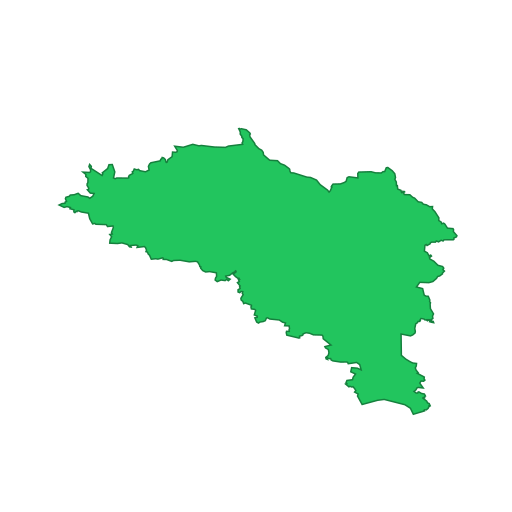 outline of Newcastle West Lea-6, Limerick, Ireland, rotated 193°
{"feature_id": "5873133B14454086811136", "entity_name": "Newcastle West Lea-6", "entity_type": "district", "adm_level": 2, "iso_a3": "IRL", "parent_name": "Ireland", "parent_adm1": "Limerick", "projection": "robinson", "projection_center": [-9.078, 52.442], "detail": "fine", "context": "isolated", "style": "filled", "palette": "green", "viewbox_px": 512, "rotation_deg": 193, "n_neighbors": 0, "source": "geoboundaries", "source_scale": "gbopen_adm2", "svg_char_len": 6030}
<svg xmlns="http://www.w3.org/2000/svg" viewBox="0 0 512 512"><g transform="rotate(193 256 256)"><path d="M438.7,307.8L438.9,305.5L436.6,302.8L436.2,300.9L436.9,300.0L443.4,298.8L440.1,297.2L439.8,295.2L437.2,293.9L436.3,289.7L436.8,288.4L436.5,286.8L434.2,284.4L434.3,283.1L435.2,282.6L431.6,280.0L427.8,280.5L428.5,277.5L431.0,274.8L433.0,275.7L440.3,275.4L443.4,277.1L446.9,274.8L450.7,273.6L451.3,272.2L454.4,270.5L454.6,268.9L452.9,266.6L454.1,265.6L454.0,264.4L456.7,263.5L459.3,261.4L453.9,260.2L451.3,261.6L447.7,261.5L447.9,260.2L443.8,260.1L443.4,258.0L442.2,257.5L441.4,258.8L440.4,259.0L440.5,259.5L439.4,260.1L436.1,259.6L428.9,260.0L426.4,254.9L422.4,250.5L420.4,251.5L419.2,250.9L408.9,252.9L407.3,251.3L402.1,253.1L401.4,251.5L402.1,246.4L401.0,245.1L403.3,244.1L401.0,242.3L401.8,238.9L401.4,235.6L393.8,237.0L389.6,238.6L383.6,238.3L381.3,236.5L379.7,236.6L380.7,238.0L375.3,239.7L373.5,239.5L373.8,237.6L366.9,240.1L365.5,239.3L364.0,237.1L364.2,235.5L362.7,235.4L361.2,233.4L360.1,233.0L357.3,229.3L353.1,230.8L350.9,230.9L346.6,233.2L345.9,233.0L345.7,231.8L342.4,232.5L336.9,231.8L335.3,233.1L329.1,234.8L319.7,235.3L313.8,237.2L311.7,237.2L309.1,234.6L308.3,233.0L307.3,233.0L307.1,231.6L304.6,229.8L301.5,229.1L297.6,230.4L290.8,230.7L289.8,227.3L290.5,225.3L290.4,223.4L288.0,222.3L284.7,224.7L280.5,225.1L279.4,226.6L277.4,225.7L276.0,227.6L280.3,228.5L281.0,229.6L277.3,231.3L275.0,234.3L272.9,235.9L272.7,236.9L272.0,236.7L271.9,235.9L274.2,233.2L271.3,231.3L268.4,230.1L267.6,230.5L266.9,229.7L268.1,229.5L266.5,227.4L268.1,225.9L264.7,223.2L265.1,222.4L264.1,220.8L265.9,219.1L265.4,216.9L263.6,216.6L262.7,218.1L260.9,218.3L260.9,216.4L259.8,215.5L261.2,211.4L260.6,209.8L258.6,208.8L257.3,206.8L255.8,207.8L249.4,207.0L249.1,206.2L249.5,205.3L248.6,203.4L245.3,203.7L244.1,203.0L244.4,198.2L241.2,197.7L241.0,196.5L243.2,195.5L240.5,191.8L238.5,191.2L237.2,192.6L234.3,193.7L232.4,195.1L231.9,197.8L230.9,198.4L228.3,197.7L218.9,198.9L215.3,197.5L212.2,197.4L212.4,194.5L208.0,195.3L207.0,192.8L207.2,191.5L206.6,190.0L209.3,189.5L209.3,188.1L208.2,185.8L195.7,185.7L195.0,186.1L195.6,187.7L193.2,188.9L192.5,189.7L192.6,190.7L190.0,192.5L186.4,192.8L182.3,192.1L173.9,193.8L172.7,192.9L171.9,190.5L162.9,186.1L168.5,183.2L167.6,182.1L164.5,181.2L163.2,178.2L163.3,175.3L165.2,172.9L164.5,171.5L163.7,171.4L164.3,171.9L163.4,172.2L163.9,172.4L163.4,172.9L162.0,172.3L160.2,172.9L159.4,171.6L157.5,171.1L149.7,171.7L143.9,173.1L142.8,173.0L141.9,171.8L134.0,174.9L130.5,173.5L127.9,168.7L132.1,169.5L137.7,168.7L137.6,164.5L132.5,163.4L134.1,159.7L134.1,157.2L139.4,155.2L139.8,152.8L138.8,152.1L139.9,151.4L136.0,149.4L135.2,150.2L133.1,149.9L132.1,150.5L130.1,149.0L128.4,147.3L129.3,145.6L125.4,144.5L125.6,142.4L119.2,135.2L105.0,142.8L98.8,145.1L77.5,144.6L71.3,142.4L67.1,137.2L57.1,142.9L57.6,143.4L57.2,144.1L55.4,144.4L54.0,146.3L53.7,147.9L53.0,148.6L53.5,149.1L52.7,149.4L54.1,151.2L55.9,151.5L56.9,152.9L61.5,155.1L61.2,155.8L59.8,155.9L59.9,157.3L59.4,157.7L60.9,159.4L63.9,159.3L66.6,160.2L67.4,160.0L67.6,158.9L69.2,158.5L71.6,159.6L70.1,161.5L69.4,163.8L68.5,164.4L63.4,165.0L67.9,169.0L67.0,171.3L64.5,171.7L63.5,173.1L64.6,174.0L64.8,175.9L72.5,178.0L71.7,178.7L74.4,180.9L75.6,182.8L75.1,184.8L75.4,187.4L79.1,187.0L81.5,187.5L86.8,189.2L92.0,191.9L97.1,212.6L87.5,212.9L85.5,214.4L83.7,216.8L83.8,218.4L85.0,221.1L85.1,225.9L83.7,227.3L83.5,228.6L81.7,229.1L81.4,230.1L81.9,230.3L81.2,232.2L78.2,232.4L77.0,231.7L75.6,232.1L74.4,231.4L73.8,231.9L74.6,232.5L72.2,233.1L72.0,231.4L71.0,232.5L70.7,230.9L67.9,231.0L68.6,232.1L69.6,231.8L70.5,232.5L70.5,234.0L69.6,234.9L70.5,237.2L70.0,239.5L74.2,243.9L75.6,248.6L75.4,249.6L76.6,250.7L76.7,252.2L79.1,255.5L81.4,255.1L83.3,255.7L86.3,261.7L92.7,261.9L90.5,267.2L81.6,268.9L77.9,270.9L75.1,274.7L74.4,276.9L72.5,277.9L70.3,280.5L70.5,281.3L69.0,283.7L70.9,284.8L70.3,286.4L71.8,287.7L76.7,287.9L81.5,290.9L85.9,292.2L86.6,293.4L85.0,295.4L86.0,296.2L87.4,295.0L89.8,297.7L93.0,298.6L93.8,304.4L92.7,305.5L91.7,304.7L89.1,307.1L89.1,308.0L88.0,309.0L84.2,309.9L83.7,311.2L81.3,310.8L79.1,313.0L77.1,312.7L76.4,314.1L67.4,316.2L66.9,316.8L67.3,318.0L65.0,319.7L64.8,321.0L69.2,324.2L69.4,326.1L70.2,327.0L75.7,326.2L79.2,329.6L80.6,330.2L82.3,329.2L83.2,330.7L85.9,331.7L86.4,334.3L91.7,339.5L94.8,341.5L95.1,343.9L97.9,343.1L101.5,344.2L104.6,344.1L106.6,345.5L110.2,345.3L114.5,348.1L116.5,348.4L119.9,350.3L125.3,349.2L126.6,351.0L125.6,351.9L125.8,352.2L127.4,352.0L126.8,351.1L128.4,350.5L129.6,352.6L133.0,353.1L134.1,356.4L135.0,356.1L135.9,359.6L138.0,362.0L137.7,363.8L139.3,367.4L142.4,369.7L147.5,371.9L148.9,371.3L149.6,367.2L151.2,366.8L152.6,365.1L158.3,363.9L162.8,364.0L174.7,360.9L175.4,359.3L174.3,355.0L183.2,354.1L184.8,352.9L185.0,349.0L186.5,347.5L190.0,345.2L197.1,343.4L198.0,341.4L197.6,340.1L198.0,340.0L197.7,339.7L198.2,336.5L199.2,334.7L201.1,336.3L209.6,340.0L214.1,343.6L220.6,344.8L224.1,344.3L237.9,345.4L240.7,344.9L242.0,346.2L242.7,348.1L243.8,348.8L248.6,350.9L253.0,351.5L256.5,353.7L264.2,352.4L271.4,356.2L272.3,358.6L274.3,360.4L277.3,361.2L282.2,364.3L282.5,365.3L288.7,370.8L289.5,372.8L289.0,373.6L289.7,374.5L293.9,376.8L299.1,376.7L300.2,375.8L301.0,376.5L301.5,376.2L299.2,373.3L298.8,371.2L296.7,369.4L296.4,368.2L295.0,367.5L294.5,364.5L295.0,363.1L294.1,361.8L307.6,356.9L310.1,355.0L321.1,352.8L334.2,351.4L336.3,350.5L342.7,350.6L351.3,345.6L359.9,344.7L356.4,341.1L356.3,339.9L357.5,339.0L360.7,338.5L360.1,333.9L363.5,330.0L363.7,327.5L364.3,326.9L363.9,326.6L364.4,327.0L364.4,327.3L365.0,327.5L366.0,329.6L368.0,330.8L369.6,330.9L369.8,329.4L370.6,328.8L370.7,327.2L379.4,323.2L380.4,321.7L381.0,319.1L379.5,315.8L382.6,313.2L388.5,313.0L390.0,314.0L391.5,313.2L394.2,313.4L394.6,311.0L395.5,310.2L394.6,308.7L397.6,306.1L398.0,304.7L397.6,303.6L398.6,303.0L409.2,300.7L410.6,299.6L412.4,300.0L412.5,306.2L416.6,312.8L419.8,311.9L420.2,307.9L424.5,302.4L423.7,301.6L424.1,299.8L436.5,304.3L436.6,306.3L438.7,307.8Z" fill="#22c55e" stroke="#15803d" stroke-width="1.5"/></g></svg>